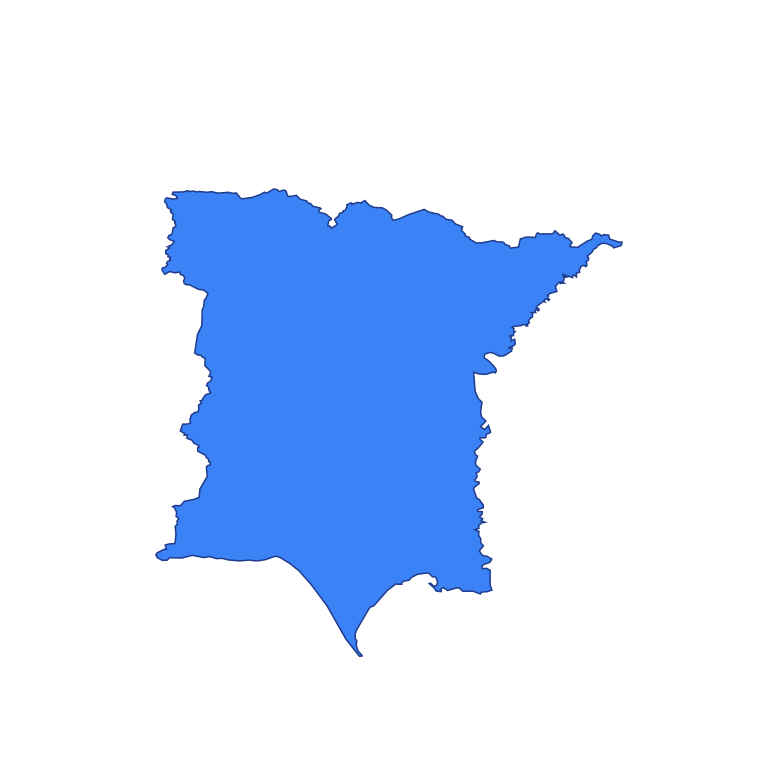 Soanierana Ivongo, Analanjirofo, Madagascar, rotated 71°
{"feature_id": "10022922B56427545477040", "entity_name": "Soanierana Ivongo", "entity_type": "district", "adm_level": 2, "iso_a3": "MDG", "parent_name": "Madagascar", "parent_adm1": "Analanjirofo", "projection": "equal_earth", "projection_center": [49.223, -16.67], "detail": "fine", "context": "isolated", "style": "filled", "palette": "blue", "viewbox_px": 768, "rotation_deg": 71, "n_neighbors": 0, "source": "geoboundaries", "source_scale": "gbopen_adm2", "svg_char_len": 6170}
<svg xmlns="http://www.w3.org/2000/svg" viewBox="0 0 768 768"><g transform="rotate(71 384 384)"><path d="M327.4,112.7L326.2,115.8L320.4,123.5L316.4,123.1L314.3,127.6L314.8,130.4L312.6,131.3L310.2,134.8L311.9,138.4L314.9,140.4L315.0,145.2L317.8,156.6L315.1,162.9L314.0,163.3L311.6,160.2L306.3,162.3L304.3,165.5L302.7,164.9L300.4,166.1L300.5,169.3L294.8,172.4L296.7,175.2L296.6,177.1L293.6,185.1L293.8,186.6L291.2,189.4L291.5,190.8L294.7,193.2L291.9,200.1L291.2,203.3L291.6,206.5L291.0,207.7L298.3,212.3L296.6,220.5L294.2,220.5L291.3,224.2L289.5,224.5L287.9,226.4L286.7,230.5L284.1,233.3L282.3,245.7L280.7,250.9L274.6,256.0L273.4,255.4L270.5,258.8L268.5,258.5L264.0,260.7L260.9,258.5L256.0,264.3L251.1,266.5L248.6,271.6L244.4,273.9L243.5,275.7L241.3,277.0L235.9,285.7L232.0,289.1L231.8,304.9L232.8,316.3L232.3,321.8L229.6,322.8L226.7,321.7L220.2,325.2L216.9,328.2L213.9,335.7L210.3,339.7L204.3,342.4L205.3,346.8L203.6,350.3L203.8,355.8L202.9,355.3L201.9,356.4L202.6,360.9L204.8,361.6L207.3,364.3L206.9,366.1L208.3,366.7L208.2,370.5L210.6,372.7L211.5,375.6L212.8,377.2L217.2,376.4L218.1,377.0L219.6,382.8L217.3,383.5L216.2,385.6L211.8,383.3L211.2,380.0L210.1,380.1L204.0,384.0L200.6,389.4L198.6,389.2L197.6,386.5L196.9,386.9L192.8,393.4L189.6,394.6L188.0,397.0L185.8,397.5L182.0,403.1L177.1,405.4L176.3,411.1L174.9,414.0L169.8,413.8L168.6,414.6L167.9,416.0L167.9,420.7L165.6,421.5L163.7,424.7L165.3,433.0L163.7,434.6L164.6,439.5L164.7,447.7L162.7,457.8L161.5,459.2L155.2,461.5L154.6,464.7L152.1,468.7L149.5,478.7L145.9,484.6L145.3,488.4L141.5,496.8L141.8,497.9L139.3,501.9L138.9,504.8L137.2,506.9L137.2,510.6L133.9,521.1L135.7,522.5L138.5,519.2L141.1,519.0L140.7,522.7L137.3,528.9L137.9,530.5L140.2,532.1L143.0,530.9L146.7,531.3L150.2,528.0L150.9,529.6L152.8,529.6L154.6,527.9L159.6,530.5L162.5,528.1L163.3,529.5L166.9,529.0L167.8,532.6L173.3,535.6L173.5,538.8L175.2,540.8L177.6,539.8L180.9,535.9L183.2,539.3L183.8,544.0L184.6,542.6L185.7,542.5L186.6,546.8L189.8,547.9L191.7,545.9L193.3,546.9L194.6,544.6L196.0,546.1L197.5,545.6L197.7,548.7L199.0,550.3L200.7,549.8L202.5,553.1L202.2,555.7L203.8,556.9L208.9,555.6L207.9,550.0L210.8,545.5L211.6,540.7L214.3,540.8L215.9,538.4L217.4,538.1L219.3,538.1L221.4,540.0L224.1,540.1L225.7,538.7L226.7,535.8L234.0,528.7L236.5,523.9L241.0,521.0L244.9,524.3L246.1,526.5L252.4,529.5L254.8,531.8L269.4,537.2L276.4,544.2L293.0,552.9L295.9,550.7L297.1,547.9L299.8,546.8L301.3,544.7L308.4,547.4L315.3,544.1L317.0,544.3L319.7,547.1L321.3,544.5L324.5,546.7L325.7,550.6L327.6,552.3L330.2,550.7L332.4,551.7L336.0,550.6L336.1,556.2L338.8,560.1L340.0,560.5L340.1,563.4L342.4,562.7L343.7,566.3L347.9,567.4L349.7,569.2L349.3,572.2L350.7,576.4L354.9,579.3L357.9,579.6L357.8,583.3L356.4,587.4L362.1,591.9L365.9,588.6L367.2,589.7L368.3,586.6L371.2,588.0L374.6,583.9L378.0,583.1L382.1,579.1L383.2,579.3L383.5,580.9L386.8,582.0L393.6,575.8L395.4,576.1L398.6,574.2L400.1,575.1L401.7,574.0L403.7,574.5L403.8,577.5L404.6,578.9L413.8,581.2L423.3,592.2L431.0,595.8L431.2,601.1L429.9,611.1L432.8,615.9L430.8,621.5L431.2,623.8L432.8,622.4L437.5,621.8L441.6,623.7L444.3,621.7L446.3,624.4L449.1,625.0L450.7,627.8L458.3,629.6L466.8,633.6L465.3,639.0L465.0,643.3L469.5,643.5L468.7,645.4L469.8,653.6L471.3,655.3L474.3,655.0L478.5,651.1L480.0,646.5L478.5,643.1L482.7,631.8L483.6,621.0L489.4,611.0L490.4,605.1L494.6,599.1L496.2,593.7L499.7,588.4L504.3,578.0L506.5,569.0L509.5,562.9L510.5,559.1L511.5,553.1L511.4,543.9L512.5,540.7L515.1,538.0L523.1,531.4L533.1,525.1L549.8,518.2L575.0,510.1L612.8,503.1L633.4,495.9L634.1,493.4L633.5,493.1L627.8,495.5L621.9,495.3L618.3,493.4L614.8,494.0L610.7,492.5L607.8,490.2L591.3,471.0L590.4,469.2L590.6,466.2L580.3,448.0L577.0,438.2L579.1,432.4L578.1,432.2L576.9,429.9L577.6,423.9L575.9,421.4L574.8,414.3L576.5,405.7L577.8,402.9L582.1,401.0L582.5,399.3L584.1,397.8L589.1,397.9L591.7,400.2L591.3,402.9L587.6,404.8L587.4,406.2L593.3,402.9L596.7,402.1L598.9,397.7L598.1,397.0L596.7,397.6L595.7,394.4L600.0,391.0L600.4,382.0L601.4,379.2L605.5,377.1L609.0,367.2L613.9,361.2L612.8,359.9L612.8,358.2L614.0,354.0L614.0,349.1L608.4,349.0L594.7,344.3L591.8,346.8L590.6,351.1L588.8,350.8L587.2,349.2L587.1,341.9L584.7,339.1L580.6,342.5L578.1,346.8L572.8,348.2L569.5,342.7L565.5,344.3L562.1,342.9L557.9,343.8L554.3,342.2L551.4,345.6L551.3,341.2L548.6,340.5L547.1,337.1L547.6,333.5L544.8,336.9L543.6,334.6L540.7,337.1L539.0,333.6L536.7,332.6L535.1,336.6L534.0,336.9L533.2,336.1L533.4,330.5L530.7,329.5L524.1,331.6L522.3,333.4L512.6,333.6L510.9,331.9L509.1,326.4L507.5,326.1L506.1,329.0L504.3,329.4L502.0,326.1L498.0,325.7L497.9,323.2L495.9,320.7L490.8,323.5L487.5,323.0L482.7,319.0L480.7,320.5L476.9,320.4L475.6,316.6L471.1,309.2L467.5,311.2L466.1,310.8L467.9,305.4L464.6,303.1L464.8,300.0L464.1,298.8L457.2,298.7L459.8,303.5L455.8,306.7L452.2,299.7L446.8,302.5L441.7,301.7L433.1,297.3L428.5,299.6L420.6,300.2L402.1,295.4L405.4,291.0L407.3,286.6L408.1,284.2L408.3,277.2L409.7,275.0L408.2,273.5L405.6,273.4L397.4,276.8L392.2,280.4L390.9,280.6L388.6,279.0L388.6,273.6L390.7,270.2L394.8,266.5L396.2,263.0L396.3,260.3L394.4,252.8L391.9,251.0L390.9,252.1L390.8,254.3L390.1,254.0L390.2,249.6L389.0,246.9L384.8,245.9L384.2,246.1L384.6,249.6L381.3,248.3L379.7,249.5L379.3,248.4L380.5,245.9L378.1,244.8L377.2,243.0L376.6,244.4L373.8,243.1L372.4,244.5L371.8,242.6L373.4,235.5L373.1,233.4L374.2,230.9L375.7,230.6L375.6,229.0L373.9,229.0L373.5,226.6L371.5,226.9L369.4,224.1L369.0,221.8L366.1,220.6L364.5,221.4L365.7,217.4L364.5,217.7L362.8,215.7L365.0,214.5L364.6,213.3L363.0,213.2L361.3,215.0L360.4,214.6L357.7,206.4L358.9,205.0L356.7,205.2L356.3,204.2L356.9,202.3L358.7,201.0L357.8,200.0L356.4,201.3L354.7,200.9L354.4,199.8L353.2,200.4L352.4,197.6L352.8,190.4L347.6,190.2L344.8,185.4L344.9,183.7L346.3,184.6L347.2,180.9L346.0,182.1L344.2,179.8L341.9,179.3L342.3,176.8L339.7,179.5L338.6,179.3L344.8,170.9L343.2,170.6L342.7,168.9L345.4,167.2L341.6,165.9L342.2,162.8L339.4,161.9L336.8,159.1L337.0,156.2L338.7,155.1L338.1,153.6L334.0,152.8L333.6,150.7L331.5,149.4L329.2,150.3L327.4,144.9L324.9,142.1L324.2,138.4L323.0,137.6L321.9,131.9L323.7,127.7L328.0,123.3L330.1,122.4L330.3,114.7L327.4,112.7Z" fill="#3b82f6" stroke="#1e3a8a" stroke-width="1.5"/></g></svg>